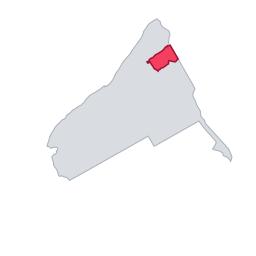 where Omusati sits in Namibia, rotated 60°
{"feature_id": "NAM-3350", "entity_name": "Omusati", "entity_type": "Region", "adm_level": 1, "iso_a3": "NAM", "parent_name": "Namibia", "parent_adm1": "", "projection": "natural_earth1", "projection_center": [14.875, -18.403], "detail": "fine", "context": "in_parent", "style": "filled", "palette": "rose", "viewbox_px": 256, "rotation_deg": 60, "n_neighbors": 0, "source": "natural_earth", "source_scale": "10m", "svg_char_len": 3710}
<svg xmlns="http://www.w3.org/2000/svg" viewBox="0 0 256 256"><g transform="rotate(60 128 128)"><path d="M186.0,53.6L188.5,53.1L191.0,52.5L193.8,52.0L196.0,51.5L196.6,51.4L202.0,51.9L204.4,52.3L205.2,52.6L206.3,53.6L208.2,55.8L207.7,55.7L204.1,56.2L202.7,56.8L199.5,59.4L198.9,59.1L198.1,58.5L197.5,58.4L196.1,59.0L194.8,59.7L193.3,60.8L192.0,61.9L191.6,62.4L189.6,64.6L189.0,64.9L188.4,65.1L188.2,65.0L188.0,64.1L186.8,61.9L184.9,59.0L184.4,58.8L184.0,58.7L182.6,58.8L178.5,59.6L175.0,60.3L169.7,61.4L164.0,62.4L160.4,62.9L157.4,63.1L157.4,65.9L157.3,71.6L157.3,77.3L157.2,83.0L157.2,88.7L157.1,94.4L157.1,100.1L157.0,105.9L157.0,111.6L156.9,114.0L156.8,114.6L155.1,114.6L151.1,114.6L147.8,114.6L145.1,114.6L145.1,118.0L145.1,122.0L145.0,126.0L145.0,130.0L145.0,134.0L144.9,138.0L144.9,142.0L144.9,146.1L144.8,150.1L144.8,153.1L144.8,153.4L144.7,159.3L144.7,165.6L144.6,171.8L144.5,178.0L144.5,184.3L144.4,190.5L144.3,196.7L144.2,203.0L144.2,204.9L143.0,204.9L140.6,205.7L139.1,206.7L138.4,207.9L137.6,208.6L136.5,208.9L136.0,209.5L136.1,210.5L135.7,211.2L134.7,211.8L133.1,211.6L131.0,210.8L128.2,210.6L124.9,211.0L122.5,210.8L121.0,210.0L119.5,209.5L117.8,209.4L116.9,209.0L114.9,208.4L114.5,207.3L114.3,206.5L113.8,205.6L113.7,204.9L114.2,204.4L114.2,203.6L113.9,202.4L113.4,201.8L112.6,201.8L112.1,201.4L112.0,200.5L111.5,199.8L110.4,199.0L109.0,199.6L108.3,200.4L107.9,201.7L107.6,202.3L107.4,203.4L107.3,204.1L106.9,204.9L106.5,205.3L106.2,205.1L105.4,205.4L103.8,206.6L103.4,207.3L102.1,206.1L98.3,201.9L96.9,200.7L95.0,198.1L90.6,190.0L90.0,188.4L89.1,184.5L88.2,181.6L88.1,179.9L88.5,179.0L88.2,177.7L87.8,176.5L86.3,175.0L85.8,170.0L84.8,166.7L85.0,164.0L84.6,161.6L84.5,160.0L84.7,157.0L83.9,153.6L82.3,150.2L80.8,145.4L80.6,143.3L80.7,137.6L80.5,135.2L80.5,132.5L79.9,129.7L79.6,128.1L80.1,126.9L80.3,127.3L80.7,127.5L81.0,125.8L81.1,124.4L80.3,120.9L78.7,117.2L74.6,111.3L73.6,109.1L73.0,107.2L68.4,99.4L66.4,93.9L65.0,89.2L63.5,87.0L56.6,71.6L55.1,69.2L52.3,66.2L51.6,65.2L50.6,62.4L48.5,58.7L48.0,55.2L47.8,51.2L48.0,48.2L49.9,47.9L51.2,47.0L52.4,47.0L53.6,47.6L54.9,47.7L55.3,47.6L57.6,47.7L58.9,46.9L60.4,46.2L61.3,45.6L62.5,44.9L64.1,44.2L65.1,44.3L66.2,44.5L67.7,44.8L68.6,45.3L69.6,46.7L71.2,48.0L72.3,48.7L73.7,49.7L74.1,50.1L74.7,50.3L75.0,50.4L77.5,50.2L79.7,50.1L82.1,50.1L86.7,50.1L91.2,50.1L95.7,50.1L100.3,50.1L104.8,50.1L109.3,50.2L113.9,50.2L118.4,50.2L120.3,50.2L123.5,50.2L126.9,50.3L127.3,50.4L127.7,50.6L128.0,50.9L129.2,52.7L130.7,54.5L132.0,55.4L133.5,55.9L135.0,56.1L136.3,56.0L138.5,56.2L141.6,56.8L144.8,57.0L148.2,56.8L150.5,57.1L151.9,58.0L153.3,58.6L154.7,58.9L156.6,58.7L159.1,58.0L161.1,58.1L162.1,58.7L162.7,58.7L166.2,57.9L169.1,57.3L173.4,56.4L177.0,55.6L182.3,54.5L186.0,53.6Z" fill="#d9dde1" stroke="#a8b0b8" stroke-width="1"/><path d="M78.2,50.1L81.3,50.1L84.3,50.1L87.3,50.1L90.4,50.1L93.3,50.1L93.3,51.0L93.7,51.9L94.0,52.3L94.1,52.6L94.2,53.0L94.3,54.2L90.1,59.0L90.3,59.3L91.6,60.2L92.1,60.4L92.6,60.8L92.7,61.4L92.7,62.2L93.3,67.4L93.1,68.1L92.7,68.8L92.8,69.6L93.3,71.1L93.2,71.9L92.7,72.4L92.9,72.8L93.2,73.2L93.5,73.3L93.8,73.5L93.4,73.7L92.9,73.8L92.5,74.1L92.0,74.4L91.6,74.6L91.1,74.7L90.8,74.8L90.4,74.9L90.4,75.1L90.4,75.3L89.1,75.7L88.4,75.7L87.7,75.5L85.0,75.9L81.7,76.0L81.2,76.1L81.1,76.6L81.2,77.2L81.9,77.2L81.8,77.9L81.6,78.5L80.1,78.4L80.2,77.8L80.4,77.6L80.5,77.4L80.5,76.8L80.2,76.3L79.9,76.0L79.6,75.6L79.1,74.0L79.2,72.6L79.4,71.1L79.2,70.3L78.9,69.6L78.4,67.9L78.4,66.9L78.5,65.0L78.3,59.8L77.9,58.1L76.8,55.4L76.6,54.8L76.8,54.5L76.9,54.3L77.0,54.0L77.0,53.6L77.0,53.3L76.5,53.0L76.4,52.6L76.7,52.3L77.0,51.6L77.1,51.4L77.4,50.9L77.4,50.6L77.4,50.4L77.4,50.1L78.2,50.1Z" fill="#f43f5e" stroke="#9f1239" stroke-width="1.5"/></g></svg>